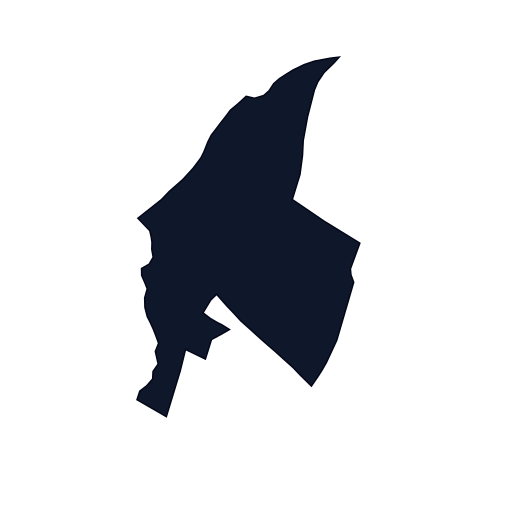 Embakasi West, Nairobi, Kenya (Albers equal-area conic projection), rotated 327°
{"feature_id": "3690345B73871814801291", "entity_name": "Embakasi West", "entity_type": "district", "adm_level": 2, "iso_a3": "KEN", "parent_name": "Kenya", "parent_adm1": "Nairobi", "projection": "albers", "projection_center": [36.887, -1.273], "detail": "fine", "context": "isolated", "style": "filled", "palette": "ink", "viewbox_px": 512, "rotation_deg": 327, "n_neighbors": 0, "source": "geoboundaries", "source_scale": "gbopen_adm2", "svg_char_len": 1271}
<svg xmlns="http://www.w3.org/2000/svg" viewBox="0 0 512 512"><g transform="rotate(327 256 256)"><path d="M434.1,134.5L426.2,130.6L411.2,124.4L400.6,121.7L388.8,120.2L380.8,120.0L372.2,120.0L364.7,121.1L357.0,124.5L349.9,125.6L340.7,122.9L334.7,116.7L323.5,118.6L314.0,119.7L307.0,122.3L298.3,125.3L290.6,128.1L284.3,130.3L277.9,134.0L268.7,140.5L263.2,143.7L250.9,148.2L236.2,152.0L218.4,154.6L207.4,157.2L177.5,160.0L180.7,176.9L178.6,182.7L176.2,187.9L172.2,193.7L169.1,201.0L162.0,204.6L153.2,204.1L149.5,210.1L148.2,218.0L146.9,224.3L139.8,230.5L134.8,238.7L131.8,247.6L131.1,254.2L130.0,261.6L128.5,268.7L126.8,276.1L119.6,281.2L115.1,293.3L106.8,296.7L102.4,302.8L93.7,305.3L85.0,306.0L77.9,311.7L93.3,341.9L130.0,311.0L146.0,296.0L157.4,314.9L173.2,301.8L184.0,302.7L193.7,303.2L190.0,295.3L187.1,290.3L183.7,283.5L180.6,274.8L194.0,268.3L202.1,266.7L204.4,282.3L206.4,292.9L207.9,302.1L210.7,312.4L215.0,328.7L217.6,338.0L219.6,344.7L226.4,370.1L228.2,379.7L231.6,395.3L242.6,390.7L248.2,388.2L257.0,383.7L277.8,370.7L323.6,331.3L325.4,323.5L328.2,318.2L350.1,301.8L332.1,263.9L317.2,228.4L337.3,211.6L349.7,197.1L358.5,184.9L375.2,167.2L395.5,148.5L402.7,143.6L413.0,139.2L426.7,136.5L434.1,134.5Z" fill="#0f172a" stroke="#020617" stroke-width="1.5"/></g></svg>